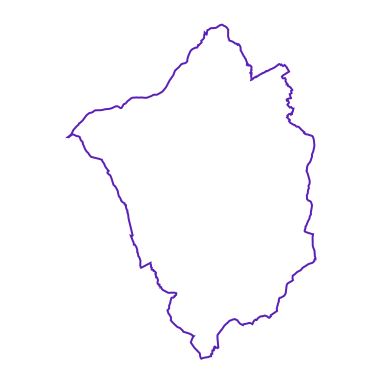 Berzunti, Bacau, Romania (orthographic projection), rotated 89°
{"feature_id": "2599482B20873643169779", "entity_name": "Berzunti", "entity_type": "district", "adm_level": 2, "iso_a3": "ROU", "parent_name": "Romania", "parent_adm1": "Bacau", "projection": "orthographic", "projection_center": [26.631, 46.4], "detail": "fine", "context": "isolated", "style": "outline", "palette": "violet", "viewbox_px": 384, "rotation_deg": 89, "n_neighbors": 0, "source": "geoboundaries", "source_scale": "gbopen_adm2", "svg_char_len": 5883}
<svg xmlns="http://www.w3.org/2000/svg" viewBox="0 0 384 384"><g transform="rotate(89 192 192)"><path d="M262.8,70.7L262.5,70.9L261.6,70.6L261.0,70.4L260.8,69.9L260.9,69.7L260.3,69.7L258.2,70.3L253.1,70.5L248.2,72.2L238.9,72.2L236.3,71.7L236.0,73.2L234.2,78.5L233.4,79.9L232.7,80.1L230.1,79.2L228.5,79.1L228.4,78.8L227.7,78.4L222.7,76.3L220.9,75.1L218.3,74.6L216.3,73.4L215.0,73.6L207.5,72.2L204.3,73.1L203.3,73.9L202.5,75.9L201.0,77.1L197.5,77.2L195.2,76.3L191.9,75.9L190.5,75.1L187.9,75.4L185.8,74.3L183.0,74.1L175.7,76.0L172.7,77.2L171.9,76.7L169.5,76.6L168.1,76.2L166.4,75.4L164.6,73.8L163.0,72.9L158.7,71.4L156.5,71.4L153.7,70.1L148.1,68.8L143.5,69.1L140.9,69.5L138.8,70.2L138.0,71.0L136.4,75.6L136.3,77.0L135.5,78.4L134.9,79.0L134.3,78.5L134.1,78.7L131.8,81.4L128.7,84.2L128.4,86.4L126.8,88.2L126.6,89.2L124.5,92.6L122.8,93.8L121.8,92.9L119.0,95.7L118.1,94.9L117.3,95.3L115.7,93.5L115.5,92.3L116.3,91.8L115.9,91.5L115.9,90.7L114.1,90.7L113.9,90.1L113.2,89.8L110.3,89.1L110.2,90.2L108.8,91.4L109.3,92.6L106.7,94.9L106.2,95.1L104.8,93.7L103.9,93.6L102.4,94.4L102.4,95.5L101.3,95.8L101.1,95.7L100.2,93.6L99.9,91.4L95.9,92.6L94.9,90.7L92.8,91.2L91.8,89.9L89.1,91.7L88.3,92.8L87.8,94.1L86.3,94.3L86.1,95.5L85.2,95.2L82.9,96.6L81.0,96.3L79.8,97.0L80.0,99.0L79.7,99.5L78.1,100.1L76.8,98.6L73.6,93.3L73.3,92.8L72.9,92.9L71.4,93.9L70.6,94.2L69.8,94.9L68.9,95.1L66.6,97.2L67.7,98.8L66.1,100.5L66.6,101.1L66.1,101.6L65.6,102.7L69.0,107.4L70.6,110.9L70.8,111.8L71.6,112.9L72.6,115.2L72.3,115.8L73.4,116.9L74.1,118.4L74.4,119.6L75.1,120.4L75.7,121.9L78.2,125.8L77.8,126.0L78.8,127.9L80.6,129.9L80.9,130.8L80.0,130.5L76.4,130.9L75.4,130.4L74.4,130.3L74.4,131.4L74.0,131.7L73.8,131.6L73.5,130.9L71.4,130.7L71.1,130.3L70.5,130.7L69.0,130.3L67.7,130.4L66.4,131.7L66.6,132.3L66.3,134.2L65.7,134.2L65.5,133.5L64.9,134.0L65.3,134.9L63.2,134.8L62.0,135.4L60.2,135.8L59.5,136.5L57.9,137.2L57.2,137.8L52.0,140.4L51.3,140.9L48.3,140.9L46.9,141.4L45.1,142.7L45.0,143.3L45.7,143.4L45.8,143.7L44.4,145.1L44.1,146.5L42.9,147.9L42.2,149.1L41.2,152.0L37.1,153.2L30.3,153.0L28.1,154.4L26.9,156.0L26.2,157.6L25.2,158.9L25.7,161.1L28.2,165.0L28.5,166.9L28.5,170.2L30.1,172.7L30.5,173.8L34.8,174.6L34.7,175.2L33.6,175.7L32.8,176.5L34.2,176.6L34.8,177.0L38.0,177.3L38.9,177.7L41.0,180.1L42.5,179.7L45.3,182.5L45.4,182.8L45.1,183.0L45.2,183.4L45.9,183.2L47.7,184.4L47.7,185.9L49.0,188.7L49.3,189.3L50.9,191.0L55.6,193.2L58.8,194.2L61.2,194.5L62.3,195.3L63.1,196.8L63.5,199.1L64.2,200.6L66.7,202.7L70.4,206.9L74.8,208.6L80.0,212.4L86.9,216.2L91.1,219.8L93.7,224.4L94.2,225.9L94.0,226.8L94.2,228.9L95.6,231.4L96.0,233.1L96.6,234.2L97.0,236.0L97.0,237.8L96.6,240.7L96.7,243.7L96.5,245.6L96.7,249.9L96.9,250.5L97.7,251.9L98.3,252.5L100.0,254.8L102.3,256.8L103.1,258.8L106.5,260.8L106.9,261.5L106.7,262.3L105.4,264.1L105.0,265.0L105.0,266.8L106.7,270.5L107.4,272.8L107.8,277.9L108.3,279.7L108.6,281.7L108.6,287.0L109.1,288.3L110.2,289.6L110.7,290.5L111.3,293.3L113.3,296.0L118.7,300.2L121.0,302.8L121.4,303.7L122.7,304.3L124.4,306.3L127.9,309.5L132.0,311.5L133.8,313.5L135.0,315.2L135.1,314.4L132.9,311.5L132.3,310.2L132.8,308.8L133.9,306.7L134.4,304.5L135.0,303.4L138.2,302.3L140.3,300.4L142.1,300.2L147.8,297.9L149.7,296.6L151.2,295.1L153.2,293.9L155.1,292.3L157.1,284.8L158.2,281.5L160.0,280.9L161.6,279.7L165.3,278.1L168.3,276.0L169.0,275.5L169.2,275.0L169.4,274.9L170.8,276.2L171.5,276.2L173.1,274.7L173.8,273.5L176.5,272.4L183.6,270.3L185.1,268.6L189.4,266.3L193.5,265.6L195.1,265.1L196.8,263.8L199.1,263.1L199.3,262.7L200.2,262.5L201.1,261.4L202.1,259.6L203.4,259.5L203.6,258.6L204.2,258.2L205.8,258.4L208.1,257.7L209.7,256.8L210.7,257.1L211.4,256.7L212.1,256.8L213.0,256.3L217.3,255.9L234.4,252.1L235.1,252.8L234.7,253.9L242.2,251.1L243.6,251.1L243.6,250.1L246.1,248.6L248.0,248.0L249.7,247.7L250.9,247.9L251.0,247.6L253.3,247.0L255.1,246.8L256.5,245.8L259.5,244.8L264.8,245.0L266.0,244.7L266.9,244.2L262.1,234.7L263.5,234.7L264.4,234.2L266.2,234.4L267.0,233.5L268.7,233.8L268.9,233.6L269.2,232.1L270.2,231.8L270.1,231.3L271.9,229.5L272.6,229.4L273.1,229.9L273.9,230.0L274.8,229.4L276.4,229.5L276.8,229.3L276.8,228.6L277.1,228.3L279.6,227.5L281.2,228.0L282.7,228.0L283.7,227.5L283.9,227.0L283.8,226.5L284.0,226.1L285.3,226.3L286.3,225.0L286.9,225.2L286.9,224.4L288.6,223.7L289.5,222.7L292.4,217.5L292.3,211.9L292.9,209.5L294.6,209.7L295.6,211.2L296.0,211.0L296.5,211.5L297.3,212.6L297.2,213.7L297.4,214.2L298.5,214.8L302.8,215.8L305.4,216.9L307.6,216.8L308.9,217.5L309.8,218.6L313.2,217.6L314.1,216.7L314.9,216.5L316.2,215.5L318.0,215.1L319.8,215.5L322.3,213.5L326.7,209.0L327.8,206.4L330.3,203.8L331.6,203.1L333.0,198.5L334.3,195.5L334.9,194.5L335.5,194.3L336.1,192.7L336.6,193.3L339.2,194.6L342.5,195.8L347.8,192.3L353.5,187.0L356.4,186.7L358.5,186.0L358.8,185.6L357.9,182.9L357.3,178.3L356.7,177.4L356.5,175.8L354.4,175.7L354.2,174.6L350.8,174.4L350.7,172.9L350.3,172.8L349.3,173.1L348.9,173.0L348.8,172.3L347.3,172.4L347.0,171.9L347.1,171.5L348.0,171.2L348.2,170.7L348.0,169.7L348.5,169.1L348.0,168.4L338.4,169.1L335.5,169.0L330.6,165.2L330.0,164.6L326.3,162.0L324.7,160.4L323.5,158.8L321.4,156.8L321.1,155.6L320.3,153.7L319.8,151.3L320.2,150.8L320.9,149.1L324.1,146.7L325.1,145.2L326.0,143.3L325.3,142.9L325.0,142.3L324.6,139.6L324.0,137.5L323.9,136.4L325.1,133.9L322.4,132.6L321.3,131.7L320.7,130.8L321.2,129.8L321.0,129.4L319.8,128.7L318.4,127.1L317.6,125.5L317.6,124.3L317.3,124.0L317.3,123.5L317.4,122.9L316.8,121.4L317.7,119.0L318.7,118.1L319.1,117.0L319.0,116.6L317.9,116.0L318.0,115.7L317.8,115.5L317.6,115.7L316.6,115.4L312.4,109.0L310.2,109.3L305.0,107.9L302.8,107.0L301.7,107.2L300.1,106.7L299.3,106.1L299.2,105.0L297.4,101.7L295.6,100.4L293.8,99.9L286.9,99.0L285.5,98.3L284.8,97.6L282.7,93.6L281.9,92.6L280.3,93.0L277.5,92.8L275.9,90.5L274.0,88.5L271.9,84.4L270.4,83.4L269.1,81.8L268.0,79.7L266.1,76.9L264.9,72.8L263.8,71.5L262.8,70.7Z" fill="none" stroke="#5b21b6" stroke-width="2"/></g></svg>